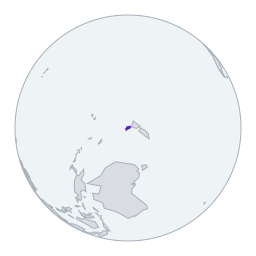 Northland highlighted on a globe, orthographic projection, rotated 273°
{"feature_id": "NZL-3404", "entity_name": "Northland", "entity_type": "Regional Council", "adm_level": 1, "iso_a3": "NZL", "parent_name": "New Zealand", "parent_adm1": "", "projection": "orthographic", "projection_center": [173.848, -35.399], "detail": "medium", "context": "on_globe", "style": "filled", "palette": "violet", "viewbox_px": 256, "rotation_deg": 273, "n_neighbors": 0, "source": "natural_earth", "source_scale": "10m", "svg_char_len": 5322}
<svg xmlns="http://www.w3.org/2000/svg" viewBox="0 0 256 256"><g transform="rotate(273 128 128)"><circle cx="128" cy="128" r="113" fill="#eef3f6" stroke="#a8b0b8"/><path d="M139.6,91.1L139.7,91.9L139.6,92.0L139.6,91.1ZM200.0,214.6L200.9,213.9L198.9,215.4L200.8,213.7L197.8,216.1L197.1,215.6L193.0,218.3L191.5,217.8L188.7,219.4L189.6,218.6L189.4,218.1L188.2,218.5L192.3,215.1L197.7,212.1L199.3,211.8L200.4,210.5L204.3,209.1L204.2,208.6L210.9,203.4L214.4,200.3L215.9,198.5L208.4,206.9L200.0,214.6ZM182.0,45.0L181.3,43.3L183.2,44.8L182.0,45.0ZM179.8,42.1L180.3,42.7L179.7,42.1L179.8,42.1ZM178.7,41.5L179.5,41.9L178.7,41.6L178.7,41.5ZM177.3,41.0L178.1,41.2L177.3,41.0ZM174.9,39.7L174.3,39.3L175.0,39.4L174.9,39.7ZM184.2,221.1L191.3,215.6L187.9,218.6L188.6,219.3L183.7,222.4L184.2,221.1ZM185.0,223.3L184.0,224.5L182.9,225.1L183.3,224.5L185.0,223.3ZM112.8,16.4L107.2,17.4L107.9,17.2L112.8,16.4ZM86.9,23.1L82.7,25.0L65.4,34.6L64.9,35.7L63.1,37.3L59.6,39.7L62.1,37.3L61.0,37.7L62.9,36.2L58.2,39.6L60.5,37.8L68.8,32.2L77.7,27.2L86.9,23.1ZM55.4,41.9L54.8,42.4L58.0,39.9L52.6,44.5L52.5,45.5L49.6,49.3L40.0,60.5L34.5,67.0L33.6,68.7L32.9,68.7L29.7,73.9L29.1,79.4L28.3,82.1L24.2,90.8L24.6,88.9L22.8,89.0L20.8,96.2L22.1,97.9L22.4,103.2L20.7,103.9L20.5,99.5L20.0,99.4L21.3,93.3L23.1,86.9L22.5,88.5L25.7,80.9L29.4,73.5L33.7,66.5L38.4,59.7L43.6,53.4L49.3,47.4L55.4,41.9ZM56.1,208.0L57.2,207.9L57.8,209.1L56.1,208.0ZM37.1,106.2L39.3,105.3L39.3,105.8L37.1,106.2ZM34.8,106.1L37.1,104.6L34.6,107.4L34.8,106.1ZM38.0,104.1L40.4,101.6L41.4,100.2L41.3,101.3L38.0,104.1ZM33.3,107.3L26.4,113.7L24.0,115.2L24.3,112.9L28.2,109.0L33.3,107.3ZM24.1,113.1L20.7,112.8L18.1,106.3L19.0,104.3L22.1,105.5L21.9,107.3L23.9,108.2L24.1,113.1ZM33.3,95.1L33.0,99.6L28.9,102.8L27.2,103.8L26.0,99.7L26.7,96.4L28.0,95.1L34.5,81.4L36.5,81.8L34.2,86.9L35.9,89.0L33.3,95.1ZM38.2,73.6L34.9,79.2L38.3,72.6L38.2,73.6ZM40.9,68.2L40.6,69.8L39.9,68.9L40.9,68.2ZM32.5,71.0L31.0,72.9L31.5,71.8L33.7,68.7L32.5,71.0ZM47.4,52.7L45.4,56.0L44.5,57.3L44.7,55.9L47.4,52.7ZM125.4,138.9L128.6,140.5L126.9,144.6L123.6,148.6L118.3,149.5L125.4,138.9ZM89.9,149.4L86.5,144.7L91.3,143.6L92.1,148.1L89.9,149.4ZM128.0,136.1L129.3,131.9L126.6,126.1L130.3,131.6L135.3,132.7L130.0,140.4L128.0,136.1ZM63.1,135.0L51.7,150.7L48.3,151.7L47.1,147.7L40.0,139.6L40.9,139.1L37.8,133.1L43.3,121.9L46.7,108.4L52.1,106.5L54.8,97.8L61.1,96.1L60.5,102.3L68.6,104.2L70.4,90.2L78.9,103.1L87.1,107.5L93.6,117.3L91.8,136.4L87.6,140.9L85.2,139.3L83.8,141.6L79.4,141.5L73.8,136.1L72.6,138.5L72.4,133.6L71.3,138.3L67.6,135.1L63.1,135.0ZM110.0,99.2L111.8,99.7L115.8,102.6L112.8,101.9L110.0,99.2ZM135.2,93.3L136.8,94.8L134.6,94.7L135.2,93.3ZM139.6,92.0L136.9,92.0L139.6,91.1L139.6,92.0ZM115.5,90.8L116.7,91.8L116.1,92.1L115.5,90.8ZM114.7,90.5L115.2,89.1L115.6,90.5L114.7,90.5ZM104.7,82.6L105.5,81.9L106.0,82.4L104.7,82.6ZM42.6,103.4L45.3,98.2L47.2,97.0L42.6,103.4ZM103.0,81.1L100.7,81.0L100.8,80.3L103.0,81.1ZM102.9,79.4L102.4,78.4L104.3,80.8L102.9,79.4ZM98.2,77.3L101.2,79.0L97.9,77.6L98.2,77.3ZM96.6,77.6L94.6,77.0L94.7,76.7L96.6,77.6ZM77.4,80.9L84.5,85.9L79.5,86.4L73.7,83.7L70.4,87.8L62.1,89.4L63.6,86.8L62.2,84.0L54.5,85.4L52.9,84.0L55.4,81.7L50.7,82.0L55.8,79.2L58.2,82.3L61.2,78.2L67.0,77.4L73.1,77.4L78.5,79.5L77.4,80.9ZM56.4,87.9L57.3,87.6L56.7,89.1L56.4,87.9ZM90.9,74.9L93.7,76.7L93.5,77.3L92.2,77.0L90.9,74.9ZM79.7,78.6L85.4,74.5L86.8,74.4L83.2,78.7L79.7,78.6ZM83.7,72.5L86.6,72.6L88.3,74.4L87.7,74.9L83.7,72.5ZM45.9,88.5L45.8,89.6L44.6,89.4L45.9,88.5ZM47.5,87.1L51.3,86.6L47.2,88.1L47.5,87.1ZM37.3,89.0L38.2,90.9L41.1,87.5L38.9,91.2L41.2,94.3L40.6,96.3L38.3,92.9L38.0,98.1L36.7,98.9L35.8,95.2L36.8,89.4L38.1,86.6L43.5,82.6L37.3,89.0ZM47.3,83.9L46.4,81.4L47.1,79.2L48.1,80.2L47.3,83.9ZM44.1,76.0L42.2,74.1L40.0,76.6L44.9,69.8L45.9,72.6L44.1,76.0ZM43.3,70.2L41.1,72.4L43.7,68.8L43.3,70.2ZM40.9,71.7L41.2,69.7L42.6,69.1L40.9,71.7ZM44.3,69.7L45.5,66.0L45.8,67.6L44.3,69.7ZM41.9,65.6L44.1,66.9L40.4,68.1L42.5,61.7L44.3,60.5L41.9,65.6ZM66.0,36.8L66.9,35.7L69.1,34.6L67.9,35.7L66.0,36.8ZM77.0,30.7L69.9,34.0L64.4,37.1L65.1,37.1L62.0,39.9L62.1,38.7L67.5,34.8L71.3,32.9L73.9,31.0L78.0,28.9L80.2,27.2L82.6,26.0L81.8,27.1L77.0,30.7ZM81.0,26.6L86.3,23.7L89.6,22.8L89.1,23.2L85.3,24.9L83.8,25.2L81.0,26.6ZM92.6,21.1L91.9,21.3L90.5,21.8L88.8,22.5L88.6,22.8L87.2,23.2L89.6,22.1L92.6,21.1Z" fill="#d9dde1" stroke="#a8b0b8" stroke-width="1"/><path d="M129.3,129.4L128.8,129.8L128.7,129.7L128.8,129.7L129.0,129.5L128.9,129.4L128.9,129.6L128.7,129.5L128.7,129.4L128.5,129.5L128.4,129.5L128.2,129.4L128.1,129.1L128.1,128.9L128.1,129.0L128.2,129.3L128.3,129.5L128.5,129.7L128.6,129.9L128.4,130.0L128.3,129.7L127.3,128.3L127.4,128.1L127.5,128.1L127.7,127.9L127.3,128.0L127.2,128.2L127.2,127.8L126.9,127.8L126.8,127.6L127.0,127.4L126.9,127.1L126.3,126.3L126.1,126.2L126.3,126.1L126.5,126.1L126.8,126.1L126.7,126.1L126.7,126.3L126.6,126.2L126.5,126.3L126.6,126.5L126.7,126.4L126.7,126.6L126.9,126.8L127.1,127.0L127.3,126.9L127.4,127.0L127.6,127.2L127.8,127.1L127.8,127.3L127.9,127.2L128.1,127.2L128.2,127.5L128.4,127.5L128.5,127.6L128.4,127.6L128.5,127.9L128.7,127.7L128.8,127.6L128.8,127.8L128.9,128.0L128.8,127.9L128.9,128.0L129.0,128.1L129.2,128.4L129.1,128.5L129.2,128.9L129.0,128.7L128.9,128.8L128.8,128.6L128.8,128.9L129.0,128.9L129.0,129.0L129.2,129.3L129.3,129.4Z" fill="#8b5cf6" stroke="#5b21b6" stroke-width="1.5"/></g></svg>